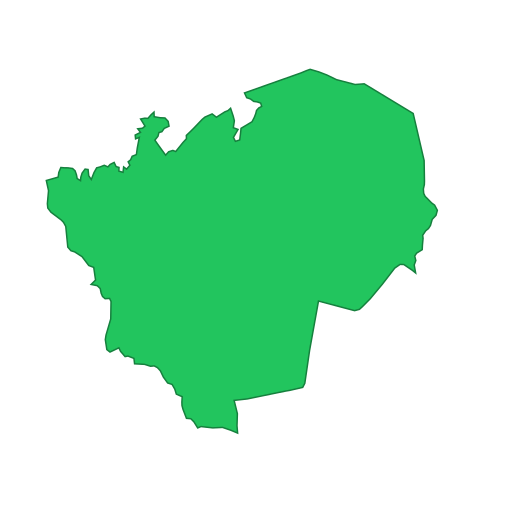 Currais Novos, Rio Grande do Norte, Brazil (Robinson projection), rotated 345°
{"feature_id": "56859067B29733795279027", "entity_name": "Currais Novos", "entity_type": "district", "adm_level": 2, "iso_a3": "BRA", "parent_name": "Brazil", "parent_adm1": "Rio Grande do Norte", "projection": "robinson", "projection_center": [-36.481, -6.242], "detail": "fine", "context": "isolated", "style": "filled", "palette": "green", "viewbox_px": 512, "rotation_deg": 345, "n_neighbors": 0, "source": "geoboundaries", "source_scale": "gbopen_adm2", "svg_char_len": 2608}
<svg xmlns="http://www.w3.org/2000/svg" viewBox="0 0 512 512"><g transform="rotate(345 256 256)"><path d="M192.4,422.3L193.7,415.1L197.2,403.5L197.5,389.8L210.6,391.8L234.5,393.2L249.4,394.1L253.6,394.5L267.1,395.0L270.2,391.6L283.4,360.9L304.7,315.7L337.1,334.3L342.1,334.3L345.6,332.5L355.2,326.9L370.8,315.9L386.9,303.6L393.0,301.4L396.6,302.5L403.3,310.3L405.8,313.7L406.5,305.6L409.2,301.7L409.3,297.1L411.9,294.8L418.2,292.9L419.5,288.8L421.9,282.3L422.4,279.1L426.4,275.6L429.7,274.1L432.4,271.7L435.7,266.2L440.4,263.3L443.0,258.8L441.7,253.1L439.3,250.1L436.4,244.9L434.8,242.2L434.2,238.9L435.0,234.6L437.1,230.6L438.1,227.3L443.1,207.3L444.7,159.0L405.1,117.7L396.1,116.0L379.4,106.5L371.3,99.5L364.3,94.4L356.6,89.7L352.8,90.0L346.8,90.8L287.1,95.5L288.0,100.7L291.3,102.9L293.8,106.1L296.9,107.4L300.1,109.5L300.2,113.0L297.0,113.7L294.2,115.5L292.6,118.4L290.2,121.7L286.9,125.3L274.6,128.8L272.7,133.8L270.3,139.7L265.8,139.9L264.9,135.6L271.4,129.1L267.3,126.2L270.1,119.8L270.2,115.0L269.7,106.7L266.6,108.3L263.2,108.7L253.7,111.7L250.4,107.4L242.6,108.6L239.4,110.1L228.7,116.6L224.3,119.1L219.9,121.5L219.2,124.7L214.8,127.5L205.5,134.3L203.0,132.5L198.6,132.7L194.8,135.2L190.1,122.9L188.3,117.9L192.3,115.0L194.2,111.6L197.2,111.6L200.4,109.0L205.6,108.1L206.0,103.2L203.8,99.1L199.1,97.6L193.7,95.1L194.7,90.6L191.2,92.4L187.2,95.1L184.3,94.1L180.0,93.8L181.3,98.1L182.4,101.8L179.4,103.2L174.7,102.5L176.4,106.7L170.6,107.9L170.0,111.7L174.0,111.2L169.3,120.9L166.7,127.1L162.2,127.6L159.7,130.7L156.9,131.9L157.7,135.7L153.5,138.6L151.2,135.7L149.2,140.8L145.5,138.5L146.6,135.0L144.0,133.4L143.2,128.9L138.8,129.8L136.0,131.6L132.9,129.1L128.6,129.6L124.9,129.6L121.1,133.5L116.7,139.5L115.2,135.2L116.2,129.0L113.4,127.8L109.5,130.9L107.2,134.5L106.0,137.8L103.3,134.9L103.6,131.2L103.3,126.9L101.5,124.0L97.2,122.2L93.7,121.2L90.4,120.0L87.1,124.3L85.3,128.6L73.0,128.8L72.5,139.2L68.0,151.5L67.3,155.8L69.3,160.7L77.2,170.8L78.8,173.7L79.9,178.2L76.5,198.7L78.6,203.0L81.9,205.1L87.8,211.6L92.0,221.9L96.3,225.0L94.8,237.7L89.4,240.8L95.0,243.6L97.1,247.1L96.8,251.9L97.3,255.4L99.2,258.2L103.6,259.1L104.2,262.4L99.4,279.2L90.7,293.5L88.8,297.8L87.7,307.8L90.1,311.0L99.8,309.2L100.5,313.1L103.5,319.3L106.4,319.5L111.6,323.3L110.8,328.7L120.3,331.8L125.6,335.2L129.2,335.8L131.9,338.3L133.9,342.1L135.2,349.0L137.8,355.8L141.7,358.3L143.1,363.5L143.3,368.8L148.3,372.8L146.6,377.9L145.8,381.3L145.8,385.1L146.8,394.8L150.9,396.3L153.1,400.1L155.2,407.0L158.7,406.5L169.7,410.8L179.3,412.9L186.6,417.8L192.4,422.3Z" fill="#22c55e" stroke="#15803d" stroke-width="1.5"/></g></svg>